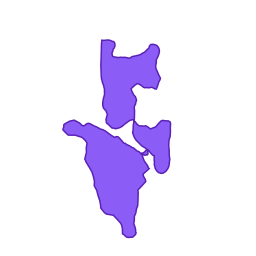 the district of Stockholm, Stockholm, Sweden, rotated 45°
{"feature_id": "70781695B5805413017960", "entity_name": "Stockholm", "entity_type": "district", "adm_level": 2, "iso_a3": "SWE", "parent_name": "Sweden", "parent_adm1": "Stockholm", "projection": "albers", "projection_center": [17.995, 59.332], "detail": "fine", "context": "isolated", "style": "filled", "palette": "violet", "viewbox_px": 256, "rotation_deg": 45, "n_neighbors": 0, "source": "geoboundaries", "source_scale": "gbopen_adm2", "svg_char_len": 3835}
<svg xmlns="http://www.w3.org/2000/svg" viewBox="0 0 256 256"><g transform="rotate(45 128 128)"><path d="M207.5,196.2L207.1,196.2L206.4,195.6L205.6,194.8L204.4,193.9L201.5,192.3L199.9,191.8L197.7,188.7L195.0,186.0L193.8,182.9L191.2,179.2L189.9,176.2L188.0,174.1L185.9,171.7L184.0,169.8L180.6,166.2L178.9,164.9L178.6,157.2L178.4,153.3L176.6,152.1L174.4,151.6L172.1,150.7L171.3,149.7L171.7,141.7L169.8,141.7L169.1,140.9L165.6,140.3L162.7,139.8L160.1,138.6L158.5,137.8L156.9,137.0L154.2,137.0L152.4,137.0L150.6,137.9L148.0,138.0L146.4,138.1L144.6,138.9L142.1,139.4L140.8,139.8L139.0,140.6L137.0,140.8L135.8,141.7L132.5,141.4L129.2,141.2L127.1,141.3L125.7,142.5L125.2,144.1L123.3,144.6L119.3,145.4L114.2,146.1L110.8,147.2L109.7,148.1L107.1,148.8L104.4,149.7L102.3,150.6L100.5,151.1L97.8,151.9L96.6,152.8L95.7,154.4L95.7,156.2L94.9,158.1L93.6,158.7L90.3,158.7L87.3,159.6L84.4,160.5L82.0,164.2L81.3,166.6L80.8,168.1L80.4,170.0L80.2,170.8L81.1,171.9L82.0,172.9L82.4,174.1L83.3,175.3L86.5,175.4L90.7,175.3L93.2,173.0L95.6,170.5L102.2,167.1L107.0,167.0L109.8,167.7L112.4,171.4L115.9,174.7L118.1,178.4L119.4,180.5L122.7,181.8L128.1,183.1L133.4,184.5L137.5,186.6L142.1,189.5L144.9,192.7L150.2,194.3L154.1,196.7L159.3,199.3L163.4,202.1L165.4,203.9L171.1,204.5L173.5,204.2L175.2,203.0L177.3,201.5L179.3,200.1L183.4,200.1L189.9,200.5L192.0,201.1L194.1,202.4L195.8,203.7L197.2,205.0L198.9,206.7L200.7,206.3L204.1,206.2L205.8,205.0L208.5,201.8L208.6,200.3L208.6,197.7L207.5,196.3L207.5,196.2ZM111.5,87.6L112.6,86.2L114.2,85.0L115.9,82.5L117.7,81.7L119.1,81.5L120.5,80.4L119.1,77.2L117.3,73.8L116.6,71.4L115.8,69.9L113.4,69.1L111.5,68.5L109.3,67.5L107.5,66.9L105.2,65.8L103.4,64.3L102.4,62.6L101.1,61.0L99.8,59.8L99.3,58.3L98.4,55.6L97.7,54.2L96.3,51.9L94.6,50.4L92.3,49.4L89.8,49.3L87.8,50.3L86.3,51.3L85.1,52.8L85.1,53.4L85.2,55.0L86.2,56.5L86.1,59.7L86.1,62.7L85.3,65.0L84.8,67.6L83.5,69.8L82.1,72.1L80.4,74.6L80.0,76.8L79.5,77.8L76.3,79.8L74.8,81.3L72.5,83.5L71.1,85.3L69.2,86.5L67.7,87.8L66.0,88.1L64.8,87.1L63.6,86.4L63.3,85.1L61.8,82.6L61.6,80.9L60.4,78.7L58.5,77.3L56.8,77.0L55.1,78.1L53.6,78.5L52.0,79.6L51.1,80.5L49.3,82.7L48.4,83.6L47.4,84.4L50.5,88.1L55.7,93.5L60.6,98.7L64.6,103.0L71.7,109.6L74.1,111.7L78.2,114.1L80.6,115.2L83.6,117.0L85.2,118.5L87.7,120.9L89.9,124.8L92.1,127.8L94.3,130.0L96.7,131.3L100.2,131.5L103.7,132.9L105.0,135.1L106.3,137.4L108.8,139.4L110.1,139.7L110.9,139.4L114.4,139.4L116.7,139.3L117.9,138.3L119.8,137.3L120.8,135.6L121.9,133.7L122.7,130.9L122.8,128.4L123.5,123.7L124.0,121.2L125.5,118.6L126.1,118.3L126.3,118.4L127.8,119.6L129.9,122.5L132.6,125.3L134.6,128.1L136.9,129.2L139.5,130.3L142.3,130.9L150.7,130.9L153.6,130.1L156.0,129.8L157.8,129.3L162.0,129.7L165.0,129.7L166.1,129.0L167.2,130.2L169.0,132.0L171.0,133.6L172.3,135.2L173.5,135.9L175.1,136.8L176.2,137.5L178.8,138.0L180.9,138.0L183.5,136.7L184.9,134.8L185.4,131.8L184.9,128.5L183.8,125.9L181.9,123.5L179.6,120.5L175.7,117.5L173.1,114.8L169.7,112.1L165.9,108.0L163.6,104.0L160.7,100.7L157.5,97.6L154.8,94.6L153.4,93.9L151.6,94.4L148.9,96.9L147.4,97.8L146.4,99.4L146.4,102.8L146.6,105.7L146.8,107.5L145.3,111.0L144.6,112.7L142.4,113.1L140.6,113.3L138.9,114.0L137.9,115.5L136.3,116.7L135.1,118.0L134.3,118.6L132.0,118.9L128.9,118.6L126.7,118.3L126.3,117.3L122.7,113.5L120.1,110.8L118.5,109.7L118.4,109.5L117.4,108.5L116.8,107.1L116.5,105.8L115.3,104.3L114.6,102.6L113.8,101.9L110.9,100.6L108.8,100.6L105.9,99.6L104.0,99.0L102.4,97.9L102.6,92.8L103.2,90.0L104.9,89.1L108.1,88.4L110.1,88.3L111.5,87.6ZM156.7,130.6L156.5,131.5L156.7,132.9L156.5,134.1L156.6,135.2L156.2,135.4L155.5,135.8L155.5,136.1L156.0,136.3L157.0,136.6L157.7,136.2L158.3,135.9L158.7,135.6L159.2,135.3L159.6,134.6L159.8,134.0L160.4,133.7L160.7,133.1L160.4,132.2L159.6,131.5L158.8,130.8L158.3,130.1L157.4,130.1L156.7,130.6Z" fill="#8b5cf6" stroke="#5b21b6" stroke-width="1.5"/></g></svg>